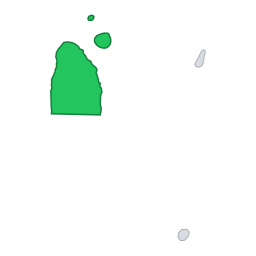 location of North Ari, Maldives
{"feature_id": "70690204B20684534310008", "entity_name": "North Ari", "entity_type": "district", "adm_level": 2, "iso_a3": "MDV", "parent_name": "Maldives", "parent_adm1": "", "projection": "orthographic", "projection_center": [72.851, 4.166], "detail": "fine", "context": "in_parent", "style": "filled", "palette": "green", "viewbox_px": 256, "rotation_deg": 0, "n_neighbors": 0, "source": "geoboundaries", "source_scale": "gbopen_adm2", "svg_char_len": 4417}
<svg xmlns="http://www.w3.org/2000/svg" viewBox="0 0 256 256"><path d="M202.2,65.4L199.0,67.2L196.0,66.5L194.9,64.3L196.4,61.0L199.0,56.8L200.7,52.3L203.3,49.8L205.2,50.6L205.0,53.2L204.1,56.7L203.5,61.2L202.2,65.4ZM184.5,240.3L180.5,240.6L178.0,237.4L178.6,232.8L181.7,229.5L186.6,229.3L189.4,232.2L187.9,236.7L184.5,240.3Z" fill="#d9dde1" stroke="#a8b0b8" stroke-width="1"/><path d="M100.2,114.9L100.3,114.2L100.4,113.6L100.6,113.0L100.7,112.3L100.9,112.0L101.0,111.1L100.9,110.5L101.1,109.7L101.1,109.3L101.1,108.8L101.1,108.4L101.1,108.1L101.1,107.7L101.1,107.3L101.1,107.1L100.6,106.2L100.4,105.5L100.3,105.0L100.3,104.5L100.3,104.0L100.2,103.1L100.2,102.7L100.2,102.3L100.3,101.8L100.4,100.8L100.5,100.1L100.5,99.4L100.5,98.7L100.5,98.1L100.5,97.3L100.5,96.6L100.7,95.9L100.8,95.3L100.9,94.6L101.0,94.0L101.3,93.4L101.6,92.8L101.9,92.2L101.8,91.3L101.6,90.6L101.4,90.0L101.5,89.2L101.5,88.6L101.4,88.2L100.8,87.7L100.1,87.0L99.9,86.7L99.7,86.1L99.9,85.4L100.1,84.8L100.2,84.2L100.2,83.5L99.8,82.8L99.5,82.8L99.0,82.7L98.9,82.2L98.6,81.3L98.4,80.5L98.3,79.8L98.1,79.1L98.0,78.5L97.9,78.2L97.6,77.0L97.4,76.3L97.2,75.8L96.9,75.0L96.9,74.8L96.7,74.2L96.4,73.4L96.2,72.8L96.2,72.3L96.5,71.5L96.8,70.8L96.9,70.3L96.9,69.6L96.3,68.1L95.6,67.5L95.0,66.9L94.3,66.2L93.8,65.8L93.3,65.5L92.6,65.0L92.2,64.5L91.8,63.8L91.4,63.1L91.1,62.5L91.0,61.8L90.8,61.4L90.4,61.0L89.7,60.7L89.1,60.5L88.8,60.3L87.6,59.5L87.0,58.8L86.7,58.3L86.4,57.9L86.2,57.7L86.1,57.3L85.9,57.0L85.8,56.7L85.7,56.4L85.6,56.1L85.3,55.7L85.2,55.5L85.0,55.2L84.6,54.9L84.4,54.6L84.0,54.2L83.7,53.8L83.4,53.5L83.3,53.1L83.2,52.7L83.1,52.3L83.1,51.8L83.3,51.3L83.3,51.0L83.1,50.4L82.7,50.1L81.8,49.6L81.4,49.5L80.7,49.5L80.2,49.2L79.8,48.9L79.4,48.4L79.2,48.0L78.7,47.1L78.1,46.3L77.3,45.6L76.5,45.1L75.7,44.5L74.5,43.7L73.3,43.2L72.5,42.9L71.4,42.5L70.5,42.4L69.5,42.2L68.6,42.1L67.9,42.0L67.2,42.0L66.2,42.1L65.3,42.3L64.5,42.4L64.1,42.5L63.5,42.9L63.1,43.3L62.8,43.6L62.4,44.2L61.8,44.9L61.7,45.2L61.4,45.5L61.1,45.9L60.7,46.3L60.4,46.7L60.1,47.2L59.8,47.6L59.2,48.1L58.8,48.5L58.5,49.0L58.0,49.6L57.7,50.3L57.3,51.0L57.0,51.5L56.6,52.3L56.4,53.1L56.2,53.8L56.2,54.2L56.1,54.6L56.1,54.8L56.2,55.1L56.3,55.3L56.3,55.6L56.0,56.0L56.0,56.4L55.9,57.0L56.1,57.7L56.2,58.1L56.4,58.7L56.5,59.0L56.7,59.4L56.8,59.6L56.9,60.1L57.0,60.5L57.1,60.8L57.0,61.2L56.9,61.8L56.8,62.4L56.6,63.2L56.4,63.8L56.4,64.4L56.5,64.7L56.6,65.2L56.6,65.7L56.5,66.2L56.5,66.6L56.4,67.0L56.3,67.6L56.3,67.9L56.0,68.3L55.8,68.6L55.6,68.9L55.4,69.3L55.3,69.8L55.2,70.3L55.2,70.7L55.2,71.2L55.2,71.5L55.0,71.9L54.8,72.3L54.6,72.9L54.3,73.4L54.0,74.0L53.9,74.4L53.7,75.0L53.6,75.5L53.3,76.0L53.1,76.4L52.8,76.7L52.5,77.2L52.4,77.7L52.3,78.0L52.1,78.3L52.0,78.6L51.9,78.9L51.7,79.2L51.6,79.7L51.6,80.2L51.6,80.6L51.7,81.3L51.7,81.7L51.8,82.0L51.7,82.7L51.6,83.3L51.6,83.6L51.5,83.9L51.5,84.2L51.5,84.5L51.4,85.1L51.5,85.7L51.5,86.1L51.7,86.7L51.8,87.1L51.8,87.4L51.8,88.0L51.8,88.4L51.8,88.9L51.7,89.2L51.5,89.4L51.2,89.7L51.0,90.1L50.9,90.5L50.8,90.9L50.8,91.3L50.8,91.8L50.8,92.4L50.9,93.1L51.0,93.7L51.0,94.3L51.0,94.6L51.0,95.6L50.9,95.9L51.0,96.5L51.0,97.0L51.1,97.7L51.1,98.2L51.1,98.8L51.1,99.4L51.1,99.8L51.1,100.7L51.1,101.4L51.2,102.2L51.2,102.9L51.2,103.8L51.2,104.4L51.2,104.9L51.2,105.4L51.2,106.2L51.3,106.8L51.4,107.3L51.4,108.1L51.5,108.5L51.5,109.0L51.5,109.3L51.6,109.7L51.6,110.2L51.6,110.7L51.6,111.0L51.6,111.3L51.6,111.6L51.5,111.9L51.5,112.1L51.5,112.3L51.6,112.6L51.6,113.0L51.6,113.6L51.5,113.8L100.2,114.9ZM110.7,40.7L110.7,39.9L110.6,39.0L110.5,38.1L110.1,37.3L109.8,36.7L109.5,36.0L109.1,35.1L109.0,34.7L108.9,34.3L108.6,34.0L108.2,33.5L107.5,33.2L106.8,33.2L106.2,33.2L105.3,33.1L104.7,33.1L104.0,33.3L103.5,33.3L102.9,33.4L102.4,33.5L101.8,33.6L101.4,33.8L100.8,34.1L100.2,34.3L99.5,34.6L99.0,34.7L98.4,35.0L97.8,35.3L97.1,35.6L96.6,36.0L96.0,36.7L95.5,37.3L95.1,37.9L94.8,38.5L94.6,39.3L94.5,40.1L94.5,40.8L94.6,41.6L95.0,42.6L95.6,43.5L96.2,44.3L96.8,45.0L97.1,45.4L97.8,45.9L98.5,46.3L99.2,46.7L99.7,47.1L101.0,47.5L101.8,47.8L102.6,47.9L103.5,48.0L104.2,48.1L105.2,48.1L105.9,47.8L106.8,47.5L107.4,47.1L108.4,46.5L109.0,45.8L109.5,45.1L110.0,44.2L110.4,43.1L110.6,42.3L110.8,41.5L110.7,40.7ZM93.7,16.3L93.5,16.0L92.7,15.5L92.1,15.4L91.4,15.4L90.5,15.6L89.4,16.1L88.8,16.6L88.3,17.5L88.0,18.5L88.0,18.8L88.3,19.7L88.8,20.2L90.0,20.4L91.4,20.3L92.5,19.9L93.0,19.2L93.6,18.1L93.9,17.1L93.7,16.3Z" fill="#22c55e" stroke="#15803d" stroke-width="1.5"/></svg>